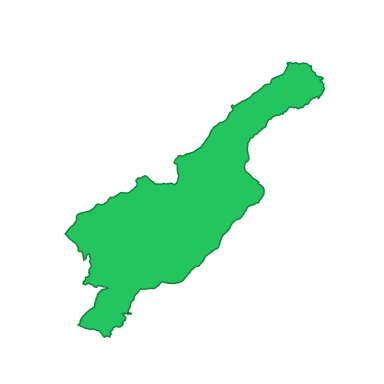 the district of North Pentecost, Penama, Vanuatu, rotated 48°
{"feature_id": "77236927B73444068942664", "entity_name": "North Pentecost", "entity_type": "district", "adm_level": 2, "iso_a3": "VUT", "parent_name": "Vanuatu", "parent_adm1": "Penama", "projection": "natural_earth1", "projection_center": [168.162, -15.542], "detail": "fine", "context": "isolated", "style": "filled", "palette": "green", "viewbox_px": 384, "rotation_deg": 48, "n_neighbors": 0, "source": "geoboundaries", "source_scale": "gbopen_adm2", "svg_char_len": 6050}
<svg xmlns="http://www.w3.org/2000/svg" viewBox="0 0 384 384"><g transform="rotate(48 192 192)"><path d="M244.7,349.9L243.7,348.9L243.5,347.1L242.7,347.3L242.2,346.5L241.4,345.9L240.9,345.9L241.3,343.1L240.1,341.5L241.3,337.9L241.9,337.4L243.2,337.1L244.3,335.2L244.4,332.9L243.9,331.4L243.5,331.3L243.1,331.7L242.4,330.5L242.3,328.7L242.7,327.4L241.3,325.4L237.2,325.2L236.2,324.3L236.3,324.1L237.5,323.5L238.2,322.1L238.9,321.6L240.2,321.3L240.5,320.0L241.9,319.3L241.9,318.7L241.7,318.5L241.1,318.6L240.4,319.3L239.7,319.5L239.0,320.5L238.7,320.4L238.5,319.4L237.6,318.8L236.9,317.7L236.7,316.4L235.4,314.0L234.1,313.2L233.4,310.7L233.0,309.8L233.2,307.4L231.8,305.8L230.7,303.7L230.5,302.6L230.5,299.8L229.8,297.0L229.3,295.8L233.4,291.1L235.8,287.3L238.0,285.4L238.6,284.2L238.9,283.1L238.7,280.1L239.2,279.4L238.7,277.8L238.8,274.8L239.0,273.9L239.3,273.4L241.3,272.6L242.1,271.8L243.7,270.8L247.4,267.2L248.4,265.9L250.3,262.6L251.1,260.9L251.8,258.9L251.4,255.3L251.0,253.9L250.4,249.7L250.4,247.3L249.6,245.1L249.6,244.3L249.9,243.3L249.7,239.9L250.3,238.3L251.4,237.1L251.6,235.6L251.1,234.3L250.7,230.0L248.8,224.6L249.5,219.1L249.8,214.5L250.4,212.3L251.0,211.0L251.0,210.1L250.3,209.2L249.2,206.4L245.9,201.1L244.9,198.2L244.7,190.6L244.2,188.4L243.2,186.4L242.3,183.2L242.0,181.0L242.2,178.0L243.6,175.3L243.9,173.2L242.9,168.1L242.0,166.0L241.9,164.0L241.1,162.9L240.6,161.2L240.5,159.9L240.9,158.3L242.5,155.1L243.4,151.7L244.3,150.0L244.4,149.3L243.5,148.1L243.5,146.4L243.0,143.9L241.5,139.8L238.5,136.9L236.4,136.1L231.9,136.5L230.8,137.2L230.3,137.1L228.9,135.6L228.4,136.3L226.5,136.1L226.1,136.5L221.5,137.7L218.9,137.3L212.5,138.3L211.8,138.3L210.6,137.5L209.2,136.9L207.6,135.4L206.5,133.6L206.0,132.4L206.3,129.4L205.9,129.0L205.8,128.2L205.0,127.0L203.7,126.4L202.6,125.4L201.2,125.3L200.1,124.1L197.6,122.8L196.9,122.2L194.5,119.1L193.0,118.1L192.6,115.2L191.5,113.7L191.4,112.9L192.2,109.1L191.2,108.3L191.3,107.4L192.3,105.3L192.1,102.4L192.2,96.2L192.7,94.5L192.3,92.8L191.8,91.9L190.9,90.8L189.7,87.1L189.7,86.5L190.6,84.3L190.4,82.8L189.9,81.7L190.8,80.2L190.8,78.8L191.7,78.1L192.1,77.0L192.9,76.3L193.9,73.0L194.9,72.3L194.9,71.8L194.2,70.5L194.3,69.8L195.1,68.2L195.1,67.7L194.4,65.7L194.3,62.9L194.9,61.6L195.5,61.1L197.5,60.0L198.9,57.9L200.7,57.7L201.3,57.1L201.7,56.2L202.1,54.7L203.2,53.2L203.2,52.3L202.6,49.6L204.0,47.3L204.3,46.3L203.1,43.2L203.2,41.1L203.0,39.7L204.5,37.2L204.4,35.9L204.6,35.3L205.0,34.9L206.2,34.6L206.6,35.4L207.0,35.5L207.1,34.3L206.8,33.3L206.0,32.7L206.1,31.8L206.5,30.8L206.2,29.9L205.7,29.4L205.1,28.0L204.1,24.7L201.3,23.4L200.1,22.1L198.3,22.2L197.0,21.6L195.3,22.1L194.5,22.0L195.7,19.7L195.4,18.5L193.2,18.7L192.3,19.7L189.0,21.8L188.0,21.8L185.8,20.8L182.6,21.6L181.6,21.4L179.9,20.7L179.8,20.3L178.1,19.1L176.7,20.3L174.1,20.6L172.3,21.6L171.6,22.4L170.8,22.7L170.2,23.9L169.1,25.5L169.1,26.7L166.3,27.7L165.1,28.6L164.4,30.5L163.8,31.2L162.9,32.1L161.7,32.1L161.0,33.1L160.0,33.9L159.9,34.4L159.9,34.9L160.2,35.2L161.0,35.5L161.8,35.2L162.2,35.9L162.9,37.9L165.4,43.9L165.5,45.1L164.7,47.9L161.8,56.0L161.7,57.0L161.9,57.9L163.6,60.6L163.9,61.9L162.3,64.1L161.5,65.6L161.1,67.2L161.5,70.3L161.2,72.7L161.2,75.7L160.9,77.6L159.8,80.7L160.6,84.4L160.6,86.1L159.8,88.6L159.6,90.6L158.0,94.4L158.1,96.1L157.4,98.2L157.0,102.0L156.6,103.1L156.2,103.5L154.6,103.8L154.5,104.2L154.5,105.2L154.7,105.3L156.2,106.0L156.8,106.0L157.5,105.7L158.2,106.0L158.7,108.0L158.5,111.2L161.0,117.0L161.2,119.1L161.1,120.5L160.1,123.5L159.0,125.1L159.1,128.9L158.7,130.5L158.5,132.8L159.2,135.1L159.4,137.1L161.7,141.7L162.3,143.4L162.4,146.0L163.9,150.8L164.0,152.7L164.6,155.0L163.3,164.6L162.0,166.8L161.6,168.5L160.3,170.2L159.4,174.3L159.0,175.1L157.5,176.2L156.6,177.0L156.2,177.7L156.4,178.7L157.0,179.9L156.6,182.3L157.5,183.5L158.0,185.3L158.3,185.7L159.3,185.7L160.9,184.6L161.9,184.7L166.5,188.7L167.0,188.8L168.4,190.0L170.9,190.7L172.0,192.4L172.9,193.3L173.6,194.4L175.1,197.6L175.1,198.6L174.5,200.6L172.5,201.0L171.3,201.8L170.5,202.9L170.5,203.9L169.4,204.7L168.7,206.2L166.7,207.1L166.0,209.3L164.3,211.1L163.4,211.8L162.4,213.3L161.0,213.8L157.4,214.4L154.6,215.3L152.0,215.1L148.9,215.7L148.5,216.2L147.6,218.4L148.0,219.5L147.9,220.3L147.6,220.9L146.5,221.5L145.3,223.1L145.8,224.4L145.9,226.0L146.5,226.5L148.5,226.7L149.4,227.2L150.1,228.3L150.5,229.3L150.4,231.0L150.7,232.9L150.7,234.5L150.3,235.8L150.5,238.1L149.9,240.1L149.0,241.6L145.9,244.0L144.8,245.6L144.1,250.6L143.6,253.3L142.6,255.2L141.7,255.7L141.3,256.3L141.7,258.5L141.7,259.7L142.3,260.5L142.6,262.0L142.0,264.8L142.3,265.5L141.9,266.0L141.5,267.5L141.0,268.1L139.2,269.1L137.7,270.3L137.4,271.9L138.1,273.7L138.2,274.7L138.1,277.7L137.4,281.5L134.2,287.2L132.7,290.2L132.2,292.7L132.8,294.1L134.3,295.5L135.2,295.9L135.8,297.1L136.4,299.0L137.1,302.5L136.8,306.0L138.3,314.3L140.1,314.0L143.4,314.3L146.0,314.0L149.5,313.5L151.5,312.9L153.3,312.8L157.8,314.0L159.2,315.9L160.9,315.5L161.6,314.5L162.3,314.1L163.9,314.0L165.6,314.9L170.3,318.0L170.5,314.8L168.7,312.9L168.6,311.8L168.9,309.8L170.2,310.2L170.9,311.0L172.2,311.7L174.1,311.7L174.6,313.8L175.5,315.0L178.9,315.7L180.3,317.5L180.6,319.5L181.3,321.0L182.5,321.7L182.7,322.5L183.1,322.8L183.5,323.0L183.9,322.6L184.6,322.8L185.3,324.6L185.8,325.2L184.4,327.3L184.3,328.5L185.9,329.7L185.8,331.3L186.5,333.4L187.5,334.4L188.3,333.8L189.3,333.6L189.6,333.3L189.7,331.9L190.3,330.7L190.5,329.7L191.9,329.5L193.1,328.6L193.9,328.5L194.8,328.0L196.6,328.0L197.7,327.6L199.0,326.7L198.9,325.9L198.5,325.4L198.8,324.3L200.1,323.1L203.6,321.0L204.9,319.6L207.1,318.8L206.0,321.5L204.6,323.9L204.3,325.2L204.6,326.3L204.3,327.9L205.2,331.2L206.2,332.2L207.1,334.7L208.3,335.9L208.7,337.0L210.4,339.7L211.5,340.7L211.9,341.8L211.8,343.8L211.2,346.1L211.0,350.7L211.6,357.1L212.2,359.4L213.0,361.2L214.7,363.4L214.6,365.5L217.7,364.3L218.0,363.9L221.7,362.6L226.4,359.1L228.4,356.7L232.3,354.5L232.9,353.7L241.0,354.4L241.6,353.9L241.4,352.6L241.8,352.0L242.5,351.3L244.1,350.6L244.7,349.9Z" fill="#22c55e" stroke="#15803d" stroke-width="1.5"/></g></svg>